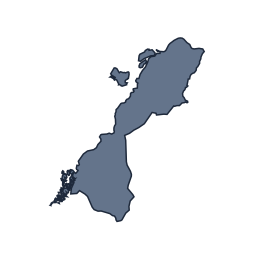 the district of Ha Long, Quảng Ninh, Vietnam, rotated 120°
{"feature_id": "81297802B5641238333098", "entity_name": "Ha Long", "entity_type": "district", "adm_level": 2, "iso_a3": "VNM", "parent_name": "Vietnam", "parent_adm1": "Quảng Ninh", "projection": "mercator", "projection_center": [107.104, 20.974], "detail": "fine", "context": "isolated", "style": "filled", "palette": "slate", "viewbox_px": 256, "rotation_deg": 120, "n_neighbors": 0, "source": "geoboundaries", "source_scale": "gbopen_adm2", "svg_char_len": 6002}
<svg xmlns="http://www.w3.org/2000/svg" viewBox="0 0 256 256"><g transform="rotate(120 128 128)"><path d="M214.4,90.8L211.8,87.9L210.6,87.3L202.9,87.4L198.5,85.9L195.4,88.0L190.1,89.6L184.6,88.4L183.3,90.5L180.5,98.1L177.5,99.2L168.1,101.0L166.4,101.9L164.3,104.2L160.6,110.2L158.1,112.5L139.7,123.9L136.1,127.2L131.8,124.0L127.0,121.9L122.2,118.9L116.1,116.0L102.5,114.9L101.2,111.1L102.5,109.8L98.1,103.9L96.7,101.0L86.1,99.4L85.9,98.5L84.2,96.9L82.8,94.6L79.3,93.7L77.7,91.7L76.8,91.3L76.6,89.5L75.8,89.1L75.0,89.8L75.2,92.3L73.6,94.7L73.1,96.3L70.9,98.0L67.9,98.4L67.1,98.0L65.3,98.0L64.2,98.5L63.5,97.7L61.7,97.2L61.7,98.2L55.5,100.3L54.7,99.2L52.2,100.1L50.2,100.2L48.4,99.4L47.0,98.2L44.1,97.8L41.6,98.8L40.0,98.3L36.2,98.3L34.6,99.3L31.8,99.5L30.0,100.3L26.5,100.7L23.7,100.2L22.2,102.8L23.5,106.3L26.5,110.3L27.1,112.3L26.8,113.5L24.8,116.3L24.6,119.7L23.2,123.9L23.1,126.0L23.9,127.8L25.2,129.4L28.9,131.8L33.8,133.9L35.8,134.3L41.5,134.0L43.3,134.5L44.1,135.3L45.6,138.4L47.4,137.6L49.1,140.4L52.4,140.8L54.8,143.8L57.8,144.7L61.6,143.8L66.7,143.4L70.7,144.2L75.5,144.3L79.7,143.3L80.6,145.0L83.1,145.0L83.9,144.2L84.2,141.9L84.9,142.0L88.7,139.9L91.4,143.0L92.5,142.6L93.0,141.2L94.3,141.2L95.4,142.6L96.7,143.1L99.3,141.8L102.3,142.1L103.7,143.3L105.2,143.6L106.8,143.1L108.4,144.1L109.5,145.7L110.5,146.4L116.0,146.9L118.0,147.5L120.0,146.5L121.9,146.3L123.0,145.5L124.4,145.4L126.6,143.3L130.9,140.6L133.0,140.7L135.0,140.2L137.1,139.0L137.5,138.3L139.2,137.7L141.4,139.1L141.9,141.7L143.8,143.3L146.7,147.6L147.6,148.2L150.0,148.2L151.1,146.0L153.0,144.8L157.3,145.8L160.8,145.5L163.9,146.9L168.2,151.6L172.8,153.6L181.6,154.4L184.0,151.9L185.2,152.0L185.8,153.6L188.8,152.6L189.6,151.7L189.6,150.1L190.7,150.0L193.4,150.6L193.2,152.2L195.1,152.8L196.3,152.2L197.1,152.9L197.4,152.6L198.1,153.1L199.2,152.9L200.4,153.3L201.7,152.5L200.8,151.2L202.0,150.6L202.2,149.6L200.3,148.9L199.7,149.2L199.5,150.3L198.5,151.3L197.8,151.1L198.3,149.0L199.2,149.1L198.4,148.4L199.5,148.6L199.8,147.9L201.6,148.6L202.3,147.5L208.4,146.9L213.7,144.6L210.3,139.6L206.5,138.7L206.7,132.3L207.5,128.8L214.5,119.3L215.6,116.5L215.0,112.4L213.3,109.7L211.2,100.9L211.6,97.7L211.0,95.6L212.2,93.5L213.6,92.4L214.4,90.8ZM94.6,153.9L91.2,150.8L90.6,151.3L89.3,151.2L90.1,153.0L88.7,154.0L87.3,153.8L85.9,152.8L85.4,153.1L84.8,152.5L81.0,153.9L79.4,155.0L79.3,155.9L81.6,157.9L81.7,158.9L82.5,159.9L83.0,162.5L84.5,163.2L82.2,167.3L82.3,169.0L82.9,170.0L89.7,170.1L90.4,168.5L90.6,164.4L91.5,164.4L91.7,168.6L92.8,169.0L92.5,168.4L92.5,165.2L93.3,163.7L92.1,162.9L92.1,161.7L94.5,158.1L95.3,157.8L94.7,157.3L94.6,155.3L94.9,155.0L94.6,153.9ZM59.9,148.8L53.9,144.2L52.4,141.7L50.6,141.6L49.5,142.1L48.2,146.2L50.2,148.6L49.3,149.1L49.9,150.5L52.3,151.8L53.8,151.6L58.2,154.6L59.9,154.5L64.5,152.5L63.9,150.5L59.9,148.8ZM214.5,147.8L213.8,147.3L212.3,148.0L211.2,147.5L211.6,148.6L211.3,149.7L208.9,149.8L208.8,152.1L207.7,152.2L206.7,153.5L207.6,154.0L208.5,154.0L208.4,153.3L209.0,153.4L209.9,152.2L209.3,150.9L210.7,150.5L211.0,151.6L212.2,152.7L211.7,153.3L211.9,154.3L212.5,154.4L213.2,153.5L214.5,153.1L213.0,154.7L213.2,156.0L214.0,155.6L213.4,154.9L213.7,154.3L215.6,153.5L214.9,155.1L215.0,155.7L215.4,155.8L216.6,154.8L216.8,153.8L218.0,152.8L217.8,152.1L218.4,152.2L218.5,153.0L218.9,152.9L219.4,152.2L219.7,150.5L220.8,150.7L221.1,151.9L223.0,150.8L222.4,150.3L221.5,150.5L220.3,148.7L218.6,149.5L218.1,150.5L216.5,150.9L217.0,149.9L216.4,149.5L216.6,148.2L216.2,147.9L215.3,148.1L214.3,149.3L214.5,147.8ZM64.6,146.1L63.6,145.2L61.5,145.3L61.0,145.5L60.1,146.9L66.3,149.8L68.7,149.5L69.8,148.7L69.7,147.5L68.1,145.9L64.6,146.1ZM204.9,159.9L205.2,157.3L205.7,155.8L204.8,154.9L204.1,154.9L204.0,156.6L202.4,158.2L202.3,156.3L201.4,156.2L199.1,158.3L198.9,159.0L199.7,159.3L199.8,159.9L199.0,160.6L199.3,161.2L199.0,161.6L199.6,162.4L198.7,163.0L199.1,163.2L200.3,162.5L200.4,160.5L202.0,160.9L204.9,159.9ZM194.6,153.4L194.1,152.8L193.0,152.5L192.2,154.8L192.7,156.8L194.0,157.4L194.6,158.3L194.9,157.8L194.2,156.0L195.0,156.2L195.8,155.6L196.2,153.5L195.8,152.9L194.6,153.4ZM225.7,153.1L225.6,151.6L224.2,154.0L224.9,154.5L225.5,154.0L225.8,155.0L224.3,155.5L226.2,155.8L227.2,155.3L228.5,155.6L228.6,155.1L227.9,155.0L228.4,153.9L228.8,154.7L229.3,154.3L228.6,153.2L227.3,153.8L226.8,153.1L225.7,153.1ZM198.7,155.6L198.2,155.3L196.1,155.9L195.1,158.0L195.3,159.0L196.1,159.0L198.3,157.2L198.7,155.6ZM205.3,148.0L203.9,147.8L202.2,148.6L202.1,149.1L203.2,149.9L202.1,151.1L202.2,151.9L203.2,151.4L203.7,150.3L205.1,149.0L205.3,148.0ZM223.8,153.1L223.0,152.3L223.4,151.7L222.4,152.3L221.9,153.6L221.2,152.9L222.1,152.1L221.4,151.9L220.6,152.7L221.2,153.8L220.5,154.0L220.3,154.5L221.2,154.7L221.5,155.5L222.3,155.6L222.8,154.7L222.4,153.8L222.9,153.2L223.8,153.1ZM210.7,153.9L209.7,154.2L209.3,156.1L207.4,155.6L207.0,156.6L205.8,157.5L207.2,157.6L209.9,156.3L211.1,154.9L210.7,153.9ZM206.8,149.5L207.2,148.6L206.5,148.3L205.6,149.1L205.7,149.3L206.4,148.9L206.6,150.1L205.9,151.5L206.3,152.0L207.4,151.8L206.9,150.3L207.7,149.7L207.6,149.4L206.8,149.5ZM225.3,150.5L224.7,149.9L225.1,149.1L224.5,148.3L223.2,148.7L223.1,149.3L223.8,149.4L224.3,150.2L224.0,151.6L224.6,152.3L224.8,151.1L225.3,150.5ZM210.5,148.7L209.4,147.5L209.0,148.2L208.3,148.2L208.2,149.1L210.0,149.4L210.5,148.7ZM46.1,143.0L46.9,140.6L45.8,138.7L46.1,143.0ZM218.2,149.1L218.7,148.3L217.9,146.4L217.4,148.9L218.2,149.1ZM222.7,147.9L221.6,147.1L221.3,147.7L220.6,147.6L220.5,148.6L221.3,148.3L221.8,148.6L222.7,147.9ZM231.4,156.8L231.4,156.3L230.2,155.5L230.1,156.3L231.4,156.8ZM205.5,160.5L206.7,159.2L206.6,158.7L205.4,160.0L205.5,160.5ZM218.6,156.1L219.0,155.6L218.2,154.6L218.1,155.4L218.6,156.1ZM198.1,163.1L198.4,162.5L197.8,162.2L197.7,163.1L198.1,163.1ZM227.8,151.1L227.7,149.8L227.2,150.3L227.8,151.1ZM205.0,150.3L204.2,150.2L204.4,150.8L205.0,150.3ZM233.8,156.8L233.7,156.2L233.3,156.6L233.8,156.8ZM232.8,156.5L232.5,156.1L232.1,156.2L232.4,156.5L232.8,156.5Z" fill="#64748b" stroke="#1e293b" stroke-width="1.5"/></g></svg>